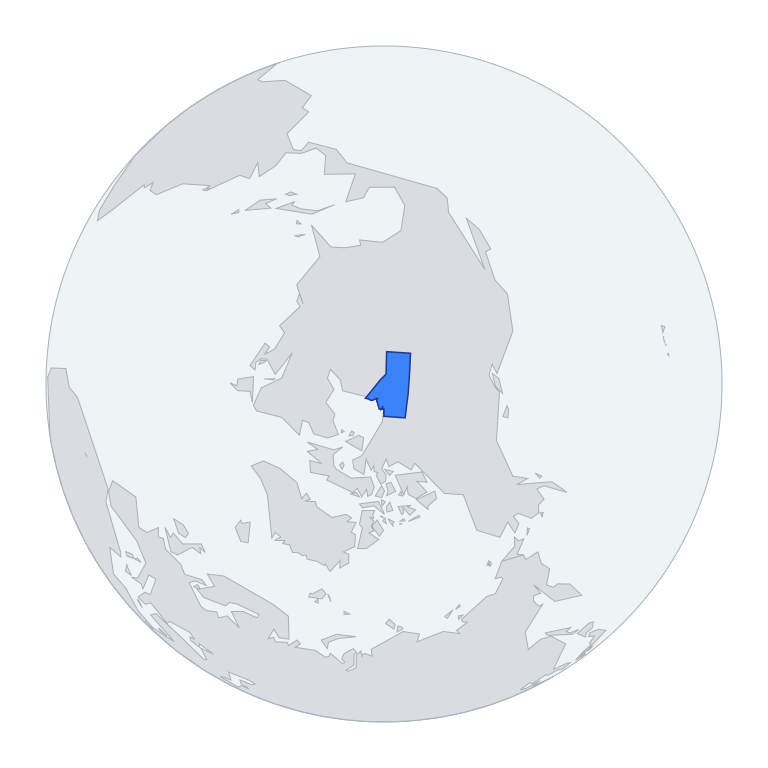 Manitoba on an orthographic globe, rotated 181°
{"feature_id": "CAN-630", "entity_name": "Manitoba", "entity_type": "Province", "adm_level": 1, "iso_a3": "CAN", "parent_name": "Canada", "parent_adm1": "", "projection": "orthographic", "projection_center": [-94.63, 54.496], "detail": "fine", "context": "on_globe", "style": "filled", "palette": "blue", "viewbox_px": 768, "rotation_deg": 181, "n_neighbors": 0, "source": "natural_earth", "source_scale": "10m", "svg_char_len": 13373}
<svg xmlns="http://www.w3.org/2000/svg" viewBox="0 0 768 768"><g transform="rotate(181 384 384)"><circle cx="384" cy="384" r="338" fill="#eef3f6" stroke="#a8b0b8"/><path d="M493.4,703.7L496.3,702.7L515.7,686.0L510.9,684.0L488.4,685.9L461.7,671.1L470.6,658.7L464.0,654.8L485.4,632.6L478.7,616.7L470.8,615.9L463.6,624.4L435.9,617.8L424.9,604.5L334.5,580.5L324.1,571.0L322.4,556.7L285.1,500.1L304.6,551.2L291.4,540.1L279.6,520.9L284.8,517.9L274.8,489.8L262.1,476.1L256.1,439.1L271.2,396.5L276.2,405.7L279.2,394.9L273.1,383.0L268.4,377.9L270.6,329.5L253.6,294.1L238.6,292.1L249.4,285.8L214.4,289.2L199.0,278.8L222.4,285.1L229.4,281.7L221.9,271.5L227.4,265.9L227.0,257.9L234.3,252.3L247.4,257.1L252.4,253.8L246.7,246.9L250.5,237.4L258.0,248.0L265.4,232.7L288.7,239.4L302.8,274.7L321.7,275.7L352.0,305.4L355.2,298.6L368.7,306.4L377.5,301.6L380.6,309.1L384.8,299.0L380.3,293.1L380.7,286.9L385.4,283.7L390.2,292.5L388.5,295.3L392.4,296.3L392.8,302.1L395.3,297.5L400.6,308.8L402.4,293.2L412.5,298.6L414.1,307.4L404.7,312.1L385.1,346.3L383.8,357.8L391.5,368.6L425.3,376.5L427.7,387.3L437.8,397.7L440.7,388.9L433.9,377.7L441.9,364.5L432.6,353.0L434.4,346.2L428.6,332.7L439.5,329.0L453.2,332.9L458.6,344.1L464.8,346.3L467.7,331.3L485.5,348.8L510.8,354.8L514.3,360.3L506.7,378.0L486.3,388.2L476.3,413.5L492.9,391.6L501.4,406.8L507.1,407.2L512.5,403.5L513.2,395.8L518.3,400.1L503.7,422.7L499.0,419.1L503.6,411.8L494.0,417.0L484.3,433.5L489.4,440.4L469.3,459.8L472.7,465.2L470.2,472.8L466.2,462.7L473.1,481.6L450.3,510.1L459.3,541.7L439.5,520.1L425.7,519.5L409.6,522.3L410.9,527.6L388.0,525.6L369.7,537.7L366.3,562.9L376.9,581.0L402.0,580.4L407.9,569.8L425.4,565.6L416.3,593.6L447.4,592.6L446.3,611.4L455.8,618.7L470.5,613.2L486.1,613.5L495.9,600.4L512.3,589.2L514.0,603.2L522.0,587.0L531.9,590.2L563.6,574.8L561.6,579.3L588.5,580.7L615.2,569.2L621.4,573.6L618.4,581.4L627.1,575.9L627.2,579.1L659.3,552.8L673.5,542.1L671.6,552.6L656.8,578.4L636.6,608.4L608.1,636.8L604.4,640.1L584.3,656.2L563.0,670.6L540.7,683.4L517.4,694.5L493.4,703.7ZM104.3,446.3L106.1,440.2L107.7,447.4L104.3,446.3ZM105.5,434.3L105.2,436.8L105.1,434.2L105.5,434.3ZM104.3,430.9L105.2,433.3L103.9,431.1L104.3,430.9ZM102.3,427.0L103.5,428.9L103.2,428.9L102.3,427.0ZM459.3,552.5L494.8,557.7L476.3,564.9L479.5,561.4L470.1,557.7L453.3,556.0L436.6,562.4L459.3,552.5ZM100.2,419.4L99.8,417.3L101.1,418.5L100.2,419.4ZM471.4,531.7L465.4,532.0L471.0,530.4L471.4,531.7ZM265.3,376.7L272.4,383.5L275.9,396.6L269.3,391.5L265.3,376.7ZM259.6,352.3L264.5,353.6L260.6,364.5L259.0,360.4L259.6,352.3ZM226.5,292.4L231.2,297.5L224.8,294.6L226.5,292.4ZM225.6,257.8L222.5,258.3L223.6,254.0L225.6,257.8ZM423.1,335.8L425.8,334.4L425.5,337.6L423.1,335.8ZM418.0,331.5L415.6,336.3L412.8,335.0L414.4,332.1L418.0,331.5ZM235.8,241.7L238.5,235.1L238.0,242.6L235.8,241.7ZM421.5,325.9L408.2,332.2L403.4,329.9L405.1,316.8L421.5,325.9ZM241.5,231.7L247.9,216.1L241.5,215.6L263.1,208.8L250.5,224.0L251.0,233.2L246.7,229.5L241.5,231.7ZM376.8,292.7L381.9,298.7L373.3,296.7L376.8,292.7ZM371.2,293.0L344.4,296.7L339.3,286.6L349.3,287.2L339.2,276.8L349.9,270.0L357.9,274.1L359.1,281.9L362.3,273.4L371.2,293.0ZM274.0,207.9L277.5,205.0L276.3,209.0L274.0,207.9ZM380.1,284.2L375.2,285.7L370.4,276.9L379.5,272.4L378.1,276.7L380.1,284.2ZM331.3,277.7L329.4,270.6L337.5,263.1L337.9,259.4L349.7,269.0L331.3,277.7ZM381.6,277.1L384.2,270.4L390.8,271.8L384.7,282.2L381.6,277.1ZM365.3,276.7L363.5,272.4L367.5,273.2L365.3,276.7ZM415.5,273.6L409.6,275.1L406.6,270.7L415.5,273.6ZM384.7,267.9L382.5,267.5L380.6,266.0L383.7,262.1L384.7,267.9ZM354.7,263.1L358.5,261.6L350.2,258.8L356.0,253.3L362.9,260.8L362.3,255.3L364.1,253.7L367.7,261.7L354.7,263.1ZM381.2,253.7L392.0,262.0L403.5,259.8L406.4,263.7L387.4,266.5L381.2,253.7ZM373.0,257.7L378.8,256.0L379.5,261.4L376.1,265.9L373.0,257.7ZM357.4,247.0L346.8,253.4L345.7,251.6L357.4,247.0ZM384.4,252.0L381.8,250.1L385.1,251.2L384.4,252.0ZM365.5,247.2L361.9,249.7L360.7,247.5L365.5,247.2ZM379.4,244.4L382.9,247.0L380.7,250.0L379.4,244.4ZM373.0,244.8L372.2,241.3L377.8,249.5L371.5,246.2L373.0,244.8ZM365.0,244.8L363.1,244.4L366.7,244.1L365.0,244.8ZM386.0,231.8L393.6,241.4L388.6,247.9L381.9,237.6L386.0,231.8ZM554.0,92.0L561.8,96.6L561.4,96.4L588.3,114.8L613.2,135.7L614.9,138.1L611.0,135.0L610.8,134.9L610.5,134.8L618.1,141.1L617.9,142.6L619.0,141.2L636.9,159.9L653.3,179.9L668.1,201.1L681.3,223.4L692.7,246.6L702.3,270.6L710.1,295.3L715.9,320.5L717.2,327.8L720.4,385.1L716.9,394.2L702.4,393.9L698.7,375.2L690.3,365.4L658.1,274.4L660.0,261.3L644.5,211.5L644.1,206.5L655.3,215.8L651.2,189.5L638.8,175.6L625.7,152.8L611.1,136.5L589.3,122.7L613.2,149.0L608.1,150.5L581.4,126.4L559.1,105.3L556.4,105.3L562.7,116.8L549.7,110.8L564.0,121.0L564.1,117.7L573.0,124.3L573.5,127.8L568.9,125.3L573.4,132.0L594.3,143.0L596.6,140.8L613.3,161.0L618.7,159.6L626.1,166.6L619.5,171.7L614.1,169.3L608.6,184.9L615.8,189.0L621.5,174.9L623.3,180.0L633.1,186.5L627.0,185.6L618.9,200.8L628.6,222.9L654.8,257.2L657.5,271.7L653.6,282.6L630.2,266.8L626.6,236.4L618.3,231.3L607.1,236.5L607.0,227.1L602.0,225.8L599.5,215.0L584.2,200.3L579.9,190.1L562.7,185.2L558.1,179.5L569.6,183.9L575.3,181.8L563.2,158.5L557.5,154.3L547.3,153.2L545.2,147.3L536.9,149.4L524.4,137.6L532.6,153.9L520.8,154.1L507.1,148.0L504.7,151.3L527.0,161.4L534.5,162.9L538.7,159.4L560.5,167.4L567.1,175.3L549.8,178.8L557.3,190.9L540.6,189.2L490.7,161.5L475.6,150.2L474.5,127.3L484.5,128.4L489.9,137.0L495.3,127.3L489.9,128.8L488.2,124.3L476.5,124.1L474.7,120.9L466.5,126.5L463.0,122.6L468.3,119.2L448.0,116.5L437.7,109.7L434.0,110.8L432.9,113.8L420.6,103.7L418.4,104.9L421.5,108.6L419.2,113.7L410.2,118.9L406.5,115.1L409.2,112.7L409.2,102.4L417.0,97.1L414.6,96.2L406.9,99.9L406.8,112.4L402.5,116.7L401.1,110.5L401.3,113.1L398.0,114.1L391.1,111.7L392.1,118.5L360.6,136.8L344.2,134.7L346.5,126.7L320.5,137.6L304.1,135.7L307.1,138.9L296.7,147.2L301.6,147.8L302.3,150.1L277.7,173.2L269.1,176.2L261.8,191.1L263.4,192.9L269.4,191.4L263.1,208.8L241.5,215.6L239.2,210.9L227.3,218.8L223.6,207.4L215.1,202.1L218.0,186.0L211.0,183.7L207.1,187.2L194.7,187.2L182.5,176.3L209.4,169.6L231.0,185.9L223.7,177.5L230.4,175.1L230.9,169.6L225.3,164.5L221.5,166.5L238.5,138.3L235.1,121.2L223.0,131.5L212.4,134.7L197.9,127.3L209.6,101.7L195.7,108.2L192.9,108.5L200.6,102.1L205.0,101.4L215.4,95.5L216.7,96.4L230.6,86.9L233.0,87.9L242.6,80.5L235.8,82.6L222.6,90.2L229.9,84.2L212.8,92.8L210.0,94.3L231.1,82.7L252.9,72.5L275.4,64.0L298.4,57.1L321.9,51.8L345.7,48.3L369.7,46.4L393.7,46.2L417.7,47.8L441.6,51.0L465.1,56.0L488.3,62.6L510.9,70.8L532.8,80.6L554.0,92.0ZM679.3,306.3L682.5,310.0L679.3,306.3ZM542.0,88.3L524.4,78.4L521.1,80.1L514.0,76.6L515.5,78.7L521.0,80.3L522.9,85.7L511.2,81.0L507.6,81.8L513.3,85.3L534.4,93.3L531.8,85.2L540.7,88.7L542.0,88.3ZM564.6,574.1L568.6,574.9L563.6,577.6L564.6,574.1ZM474.6,572.2L481.7,570.7L485.7,572.1L480.4,574.4L474.6,572.2ZM532.1,553.0L539.8,551.1L532.2,555.8L532.1,553.0ZM500.1,557.9L526.0,555.1L511.0,565.6L494.6,567.3L505.5,562.3L500.1,557.9ZM469.8,542.6L474.5,542.7L473.7,546.1L469.8,542.6ZM475.5,530.6L473.9,531.3L471.2,529.3L475.5,530.6ZM502.2,405.4L503.6,403.8L509.5,401.4L507.6,405.5L502.2,405.4ZM530.4,374.8L537.9,382.6L531.2,379.6L530.1,386.4L514.6,389.1L515.3,363.3L517.8,374.3L530.4,374.8ZM494.2,386.3L503.9,387.0L493.3,387.3L494.2,386.3ZM576.9,231.1L579.9,227.0L586.6,231.0L592.0,245.6L582.4,239.8L576.9,231.1ZM582.6,220.5L563.9,220.9L559.8,212.4L565.3,217.0L564.4,211.3L573.0,217.3L587.4,209.5L594.1,212.6L600.4,236.8L594.7,226.9L592.1,231.3L582.6,220.5ZM523.5,242.1L515.4,243.5L517.0,222.9L524.4,224.0L530.3,238.1L525.0,245.3L523.5,242.1ZM427.1,302.3L423.9,305.2L422.5,302.7L424.2,298.1L427.1,302.3ZM413.0,274.7L439.7,287.1L437.4,291.0L455.9,294.4L456.9,306.1L444.9,303.4L459.6,315.3L449.2,317.5L459.8,324.6L432.9,317.3L424.2,320.3L433.6,312.4L432.8,301.5L429.9,297.7L415.0,289.3L395.7,290.8L392.0,280.8L394.4,273.3L398.4,271.4L399.6,278.4L404.2,270.8L409.0,279.5L413.0,274.7ZM425.1,199.1L424.8,206.7L434.7,195.5L439.6,203.1L440.4,201.3L447.6,205.5L457.9,207.6L458.7,211.7L462.3,210.8L467.2,213.8L472.5,214.0L475.8,221.7L482.5,222.7L480.3,225.8L490.9,225.6L484.5,229.2L490.2,233.8L493.4,227.9L498.7,271.3L505.9,287.7L515.4,299.7L503.1,305.0L486.4,297.6L469.4,284.0L464.2,267.9L459.6,273.5L455.8,267.6L461.0,265.6L450.6,265.2L448.9,259.9L433.7,249.6L419.8,253.0L414.0,249.6L418.5,245.6L409.5,245.1L414.1,235.4L410.0,232.9L410.4,221.1L421.6,215.4L416.2,213.1L416.2,204.4L425.1,199.1ZM386.5,228.4L398.8,219.2L407.5,219.0L403.1,239.7L406.1,243.3L403.6,257.2L391.1,257.3L393.0,253.3L391.9,249.4L396.2,250.9L391.9,246.9L394.3,241.3L391.7,236.7L396.4,234.9L386.5,228.4ZM637.9,198.8L636.6,194.8L633.2,188.1L639.3,192.4L637.9,198.8ZM632.9,209.4L630.8,205.2L637.8,207.4L639.2,211.9L632.9,209.4ZM623.7,201.4L630.2,204.8L627.5,205.6L623.7,201.4ZM567.1,180.3L564.2,176.2L566.2,175.8L570.6,178.0L567.1,180.3ZM455.6,169.7L454.1,173.5L451.7,172.9L442.6,178.1L438.3,173.2L442.1,168.1L455.6,169.7ZM596.7,128.3L604.4,134.4L605.1,136.1L602.3,133.6L596.7,128.3ZM625.5,163.5L621.8,156.1L627.2,164.7L625.5,163.5ZM449.4,165.2L446.1,167.8L446.0,163.8L449.4,165.2ZM434.6,169.9L433.5,165.5L436.7,173.2L434.6,169.9ZM407.8,130.9L425.3,128.7L435.1,124.8L436.1,118.4L442.2,126.9L427.2,132.9L407.8,130.9ZM366.8,136.3L366.0,142.4L361.4,141.0L360.9,139.3L366.8,136.3ZM369.9,139.1L378.3,144.6L374.6,148.9L368.7,143.7L369.9,139.1ZM414.4,153.4L419.9,153.0L419.9,156.2L414.4,153.4ZM173.9,122.0L177.4,120.3L172.1,125.3L171.1,125.0L173.9,122.0ZM158.0,141.6L171.8,126.1L183.5,114.8L178.3,118.5L178.1,117.1L187.7,111.0L181.8,118.1L172.4,127.0L174.1,128.4L169.1,135.7L175.0,135.1L173.8,138.8L165.5,142.4L158.0,141.6ZM178.0,134.5L186.5,137.9L175.0,148.3L170.5,149.9L171.5,143.8L177.5,138.6L178.0,134.5ZM185.1,141.9L191.0,137.1L216.0,135.5L218.4,137.9L193.3,143.7L197.6,139.6L193.5,138.5L185.1,141.9ZM274.7,203.5L277.2,204.9L273.4,205.9L274.7,203.5ZM305.3,150.2L305.5,153.5L301.0,154.3L305.3,150.2ZM303.7,163.1L308.6,159.9L304.9,164.8L303.7,163.1ZM319.2,152.6L311.2,159.4L316.6,150.7L319.2,152.6Z" fill="#d9dde1" stroke="#a8b0b8" stroke-width="1"/><path d="M381.9,416.4L358.0,415.2L358.0,414.1L358.1,412.8L358.2,409.1L358.2,407.8L358.3,406.5L358.3,405.3L358.4,401.5L358.5,400.2L358.5,399.0L358.6,396.4L358.7,395.2L358.7,393.9L358.8,391.4L358.9,390.1L359.0,387.6L359.1,386.3L359.2,383.8L359.3,382.5L359.4,380.0L359.4,378.7L359.6,376.2L359.6,374.9L359.9,372.8L360.1,370.7L360.3,368.5L360.6,366.4L362.0,353.1L362.2,351.8L362.2,351.1L362.3,350.5L382.2,351.6L383.5,351.6L383.4,351.8L383.5,351.9L383.5,352.0L383.5,352.3L383.6,352.5L383.6,352.8L383.5,353.0L383.5,353.5L383.4,353.6L383.5,353.8L383.5,354.0L383.5,354.3L383.6,354.5L383.7,354.8L383.7,355.1L383.7,355.3L383.7,355.5L383.8,355.4L383.8,355.5L383.7,355.5L383.6,355.8L383.6,356.0L383.5,356.3L383.6,356.5L383.5,356.9L383.4,357.0L383.2,357.0L382.9,357.2L383.0,357.1L383.4,357.1L383.5,357.1L383.5,357.3L383.8,357.6L383.8,357.8L383.8,358.0L383.7,358.1L383.7,358.3L383.8,358.2L384.1,358.2L384.3,358.3L384.4,358.5L384.5,358.7L384.5,359.0L384.8,359.1L385.0,359.0L385.0,358.9L385.1,358.7L385.3,358.6L385.2,358.7L385.2,358.8L385.2,359.0L385.3,359.2L385.3,359.3L385.2,359.5L385.0,359.8L385.0,360.0L385.1,360.3L385.0,360.5L385.1,360.8L384.9,361.0L384.9,361.3L384.9,361.5L384.8,361.9L384.8,362.0L384.9,361.8L385.0,361.6L385.1,361.3L385.1,361.2L385.2,360.9L385.2,360.7L385.2,360.3L385.2,360.2L385.2,359.9L385.2,359.7L385.4,359.5L385.4,359.3L385.4,359.2L385.5,359.0L385.5,358.9L385.4,358.8L385.5,358.8L385.8,358.8L386.3,358.9L386.5,358.7L386.5,358.8L386.7,358.7L386.8,358.7L387.2,358.8L387.3,358.8L387.5,358.8L387.5,359.0L387.8,359.2L387.9,358.9L388.0,358.8L388.3,358.8L388.5,358.9L388.5,359.0L388.6,359.3L388.6,359.5L388.6,359.8L388.6,360.0L388.6,360.3L388.7,360.5L388.9,360.8L388.9,361.0L389.0,361.2L389.1,361.4L389.1,361.5L389.2,361.8L389.3,361.9L389.3,362.0L389.5,362.2L389.5,362.3L389.5,362.5L389.6,362.8L389.7,363.0L389.7,363.3L389.8,363.8L389.9,364.1L389.9,364.3L390.0,364.3L390.0,364.5L390.2,364.9L390.4,365.2L390.4,365.3L390.5,365.7L390.5,365.9L390.6,366.0L390.8,366.2L390.8,366.3L390.9,366.5L391.0,366.8L391.0,367.0L391.0,367.4L391.0,367.6L390.9,367.8L390.7,368.5L390.5,368.9L390.3,369.1L390.2,369.3L390.1,369.5L389.8,369.6L389.6,369.7L390.1,369.6L390.3,369.5L390.7,369.0L390.9,368.9L391.5,368.7L391.7,368.8L391.4,369.2L391.3,369.3L391.1,369.3L390.9,369.5L391.1,369.4L391.4,369.4L391.7,369.0L392.1,368.8L392.6,368.7L393.2,368.4L394.1,368.0L394.9,367.6L395.5,367.4L396.0,367.4L396.6,367.5L396.8,367.5L397.1,367.7L397.4,367.7L397.5,367.7L397.6,367.8L397.8,368.0L398.0,368.1L398.3,368.2L398.3,368.3L398.6,368.4L398.9,368.7L399.0,368.7L399.3,368.7L399.4,368.9L400.2,369.0L400.4,369.1L400.5,369.1L400.8,369.0L401.1,369.2L401.3,369.2L401.5,369.3L401.8,369.3L402.0,369.5L402.1,369.4L402.3,369.4L401.5,370.4L400.7,371.4L400.0,372.4L399.2,373.4L398.2,374.7L397.1,376.1L396.0,377.5L394.9,378.9L393.9,380.2L392.9,381.4L392.0,382.7L391.0,384.0L390.4,384.7L389.8,385.4L389.3,386.2L388.7,386.9L388.3,387.4L387.9,387.9L387.5,388.4L387.1,388.9L386.3,389.7L385.5,390.5L384.6,391.3L383.8,392.2L383.6,392.4L383.4,392.5L383.1,392.9L382.9,393.1L382.7,393.3L382.5,393.5L382.3,393.7L382.1,393.9L382.1,394.2L382.1,396.5L382.1,398.8L382.1,403.5L382.0,408.8L382.0,410.5L382.0,411.2L382.0,411.8L382.0,412.3L382.0,412.7L382.0,413.2L382.0,413.9L382.0,414.2L382.0,414.5L382.0,415.0L382.0,415.7L382.0,416.3L381.9,416.4L381.9,416.4Z" fill="#3b82f6" stroke="#1e3a8a" stroke-width="1.5"/></g></svg>